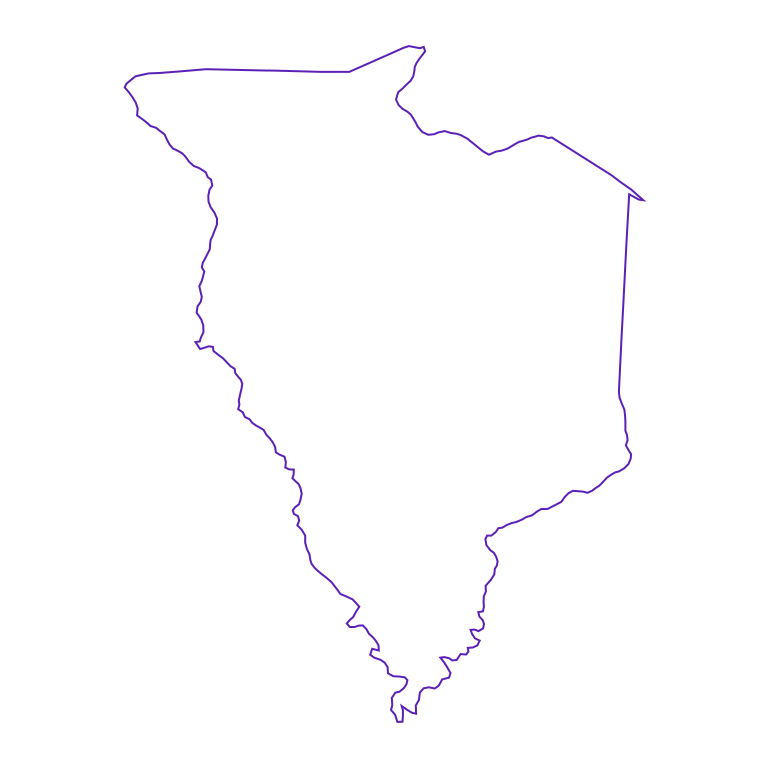 Nortelândia, Mato Grosso, Brazil (Albers equal-area conic projection)
{"feature_id": "56859067B4738325459726", "entity_name": "Nortelândia", "entity_type": "district", "adm_level": 2, "iso_a3": "BRA", "parent_name": "Brazil", "parent_adm1": "Mato Grosso", "projection": "albers", "projection_center": [-56.739, -14.389], "detail": "fine", "context": "isolated", "style": "outline", "palette": "violet", "viewbox_px": 768, "rotation_deg": 0, "n_neighbors": 0, "source": "geoboundaries", "source_scale": "gbopen_adm2", "svg_char_len": 4117}
<svg xmlns="http://www.w3.org/2000/svg" viewBox="0 0 768 768"><path d="M618.9,391.6L621.5,338.3L621.7,334.5L623.5,300.7L626.4,243.9L629.2,194.3L638.9,199.6L643.3,200.2L631.0,189.4L620.1,181.8L611.6,175.3L551.9,137.5L548.0,138.1L544.2,136.4L538.8,135.6L531.2,137.7L527.3,139.5L523.3,140.7L518.8,142.0L514.8,144.2L507.6,148.6L501.8,150.6L495.9,151.6L489.0,154.7L483.4,151.6L478.2,147.5L473.6,143.7L467.1,138.5L460.6,135.0L456.9,133.8L451.0,133.0L444.7,131.1L438.7,132.3L434.1,134.2L428.4,134.8L422.4,132.1L417.8,126.8L415.4,121.9L410.9,114.7L407.3,111.6L402.5,108.8L398.7,105.2L396.0,99.5L398.2,92.2L402.5,88.6L406.5,84.6L410.7,80.7L413.3,76.2L414.4,70.6L414.8,66.8L416.7,62.7L419.9,58.1L425.1,51.4L423.7,46.9L419.9,48.2L408.9,46.1L403.3,47.9L399.8,49.5L381.3,57.7L349.2,71.9L322.2,71.9L274.1,70.6L264.6,70.5L206.0,69.2L178.8,71.5L159.3,73.0L148.6,73.4L135.5,76.3L126.5,83.6L124.7,87.4L129.0,92.4L132.6,97.4L135.7,102.5L137.7,108.5L137.1,115.4L143.5,120.0L147.7,123.4L150.4,126.0L156.3,127.9L159.6,130.7L164.6,134.4L167.1,140.0L169.7,144.7L172.8,148.4L177.6,150.7L182.2,153.3L185.4,156.6L189.2,161.9L193.8,166.0L198.6,167.8L202.1,169.9L205.8,172.3L207.7,177.1L211.0,179.5L212.3,185.5L209.6,189.5L208.3,195.7L208.5,201.7L210.7,207.3L214.5,212.8L217.0,218.6L216.9,224.7L214.7,230.3L212.7,235.6L210.7,239.9L210.1,244.2L209.8,249.2L207.4,254.1L205.0,258.8L202.8,262.7L201.8,267.4L204.3,271.5L203.0,276.6L201.8,280.9L199.3,286.2L200.4,291.0L201.8,296.9L200.7,301.8L197.5,306.5L196.6,312.7L199.3,316.4L201.4,319.9L203.2,325.0L203.5,332.2L200.8,337.7L199.8,341.4L195.5,342.1L200.1,349.0L204.6,347.7L208.7,346.3L212.9,346.9L213.5,351.0L218.1,354.7L223.0,358.3L226.7,362.2L230.5,366.2L234.6,368.8L235.3,373.1L238.2,376.8L240.8,379.7L242.3,384.0L241.5,388.7L239.9,395.5L238.8,400.6L239.4,404.5L238.2,409.2L242.8,412.3L244.9,417.0L249.5,419.2L252.2,422.8L255.9,425.4L259.6,427.5L263.6,429.9L266.4,434.8L269.9,438.5L272.7,442.2L275.1,446.9L275.9,452.4L279.9,454.8L284.5,456.7L285.9,462.1L285.3,467.5L289.2,469.4L293.8,469.6L293.6,474.7L292.4,478.2L295.8,481.5L298.6,484.1L300.4,487.8L301.7,493.6L300.5,499.7L299.0,504.3L295.2,507.1L292.8,510.3L293.9,513.9L298.0,516.2L299.2,520.6L297.3,525.3L301.7,529.7L305.2,535.6L305.2,542.8L306.9,548.9L309.5,554.5L310.4,560.2L311.5,563.7L314.8,568.1L318.4,571.3L322.2,574.5L326.0,577.4L331.5,582.1L334.9,586.6L337.4,589.7L340.4,594.0L345.8,596.2L352.6,599.4L356.0,603.0L359.3,606.7L355.9,611.9L353.2,617.0L349.8,620.0L346.8,623.5L349.8,627.0L354.6,627.0L358.7,625.6L362.8,625.4L366.4,629.1L369.0,633.8L372.8,637.2L375.7,640.7L378.5,645.2L378.8,650.5L372.2,648.8L370.2,654.7L374.3,657.7L380.5,659.8L384.7,662.7L387.6,667.1L388.0,673.3L393.2,676.2L399.8,676.6L404.9,677.4L407.4,680.2L406.5,684.2L403.9,688.1L399.5,691.7L395.4,692.6L391.8,697.9L392.3,705.2L391.0,709.9L395.1,714.7L397.4,721.9L402.5,721.7L402.9,716.2L402.9,710.2L401.7,706.0L407.4,710.0L412.0,712.8L416.1,713.7L415.8,705.5L418.9,700.0L419.9,692.5L423.6,688.3L428.9,687.3L434.8,688.5L438.8,685.6L442.2,679.4L449.1,677.6L450.5,673.1L447.4,667.6L444.0,662.2L440.4,657.7L444.1,657.1L449.1,658.2L452.3,660.4L456.6,660.0L460.6,654.1L466.1,654.5L468.4,651.6L467.8,647.9L472.9,647.5L477.4,645.4L479.7,640.6L474.9,638.3L472.1,634.0L470.6,629.9L474.7,629.6L478.5,631.1L483.1,628.4L484.0,624.0L482.8,620.3L479.4,616.6L478.3,612.2L482.9,611.3L483.9,607.0L483.6,601.6L483.8,596.3L485.9,591.5L485.6,585.8L490.8,579.9L494.3,574.4L494.8,568.8L496.9,565.5L497.6,561.3L496.2,556.9L493.9,552.8L490.4,550.3L486.4,545.1L485.4,539.1L487.1,535.6L491.4,535.6L495.9,531.9L498.3,528.2L502.3,527.7L506.8,525.0L511.9,523.0L516.0,522.1L521.8,519.7L526.2,517.1L532.1,515.3L537.5,511.2L541.3,509.0L547.8,508.9L552.3,506.5L556.3,504.5L561.4,501.8L564.8,496.9L568.6,493.1L573.0,490.8L577.7,491.2L582.9,491.6L587.4,492.8L592.1,490.8L595.5,488.1L599.4,485.6L602.9,482.0L607.1,477.5L611.7,474.4L615.2,472.4L619.0,471.4L624.2,468.3L628.5,464.0L630.7,458.6L631.1,454.1L629.0,450.9L625.8,445.3L627.6,440.4L627.0,434.9L625.4,430.8L625.4,426.7L625.4,422.0L625.1,416.0L624.4,409.7L621.8,403.6L619.5,397.4L618.9,391.6Z" fill="none" stroke="#5b21b6" stroke-width="2"/></svg>